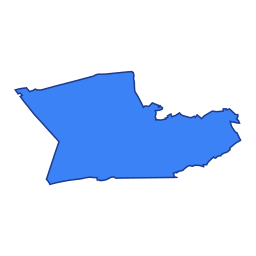 Son en Breugel, Noord-Brabant, Netherlands (Natural Earth projection)
{"feature_id": "6326949B33588539709853", "entity_name": "Son en Breugel", "entity_type": "district", "adm_level": 2, "iso_a3": "NLD", "parent_name": "Netherlands", "parent_adm1": "Noord-Brabant", "projection": "natural_earth1", "projection_center": [5.494, 51.518], "detail": "fine", "context": "isolated", "style": "filled", "palette": "blue", "viewbox_px": 256, "rotation_deg": 0, "n_neighbors": 0, "source": "geoboundaries", "source_scale": "gbopen_adm2", "svg_char_len": 5388}
<svg xmlns="http://www.w3.org/2000/svg" viewBox="0 0 256 256"><path d="M49.9,184.4L51.0,184.1L53.6,183.4L56.1,182.8L58.7,182.2L61.3,181.7L63.9,181.2L66.5,180.7L69.1,180.3L71.8,179.9L74.4,179.6L77.0,179.3L79.0,179.1L81.4,178.7L82.1,178.6L82.5,178.5L83.2,178.3L85.0,177.8L85.7,177.7L86.4,177.6L87.0,177.6L88.2,177.4L89.1,177.2L90.4,177.2L91.1,177.3L91.4,177.3L92.2,177.4L93.8,177.6L97.1,177.6L97.2,180.0L98.1,180.0L100.1,180.3L100.1,180.5L100.8,180.5L101.5,180.5L102.2,180.5L102.9,180.4L103.2,180.3L103.9,180.2L104.3,180.2L104.9,180.0L105.6,179.8L105.9,179.7L106.5,179.5L107.2,179.2L107.8,179.0L108.2,178.7L108.5,178.6L109.1,178.3L109.7,177.9L110.1,177.7L110.4,177.5L110.7,177.4L111.1,177.3L111.4,177.2L111.6,177.1L112.1,177.0L112.5,177.0L112.9,177.0L113.3,177.0L113.6,177.1L113.9,177.1L114.3,177.3L114.7,177.4L115.0,177.6L115.4,177.8L115.6,178.0L115.8,178.1L176.5,177.4L176.4,177.3L176.1,177.2L175.2,177.1L174.8,177.0L174.6,176.9L174.4,176.7L174.1,175.8L174.0,175.6L173.9,175.2L173.6,174.0L173.5,173.3L174.1,173.2L174.7,172.7L175.0,172.5L175.3,172.5L175.6,172.5L175.9,172.6L176.4,172.8L176.5,172.8L176.9,172.7L177.0,172.6L176.6,172.4L176.9,172.0L177.2,172.0L177.3,171.9L177.5,171.6L177.8,171.6L178.2,171.6L178.3,171.7L178.5,171.6L178.7,171.4L178.8,171.3L179.1,171.2L182.1,170.6L182.4,170.5L182.8,170.3L183.0,170.2L183.7,169.5L184.4,168.8L185.4,168.0L186.4,167.2L186.8,166.9L188.4,166.0L188.7,165.8L189.2,165.7L189.3,165.6L189.6,165.5L189.7,165.4L189.9,165.4L189.9,165.5L190.1,165.6L190.3,165.7L190.5,165.8L191.0,166.0L191.4,166.0L191.6,165.9L191.9,165.9L192.0,166.0L192.3,166.2L192.5,166.2L193.0,166.2L193.4,165.9L194.0,165.4L194.3,165.3L194.5,165.3L195.3,165.3L196.0,165.4L196.5,165.3L197.6,165.3L198.7,165.4L199.6,165.5L200.0,165.6L200.4,165.7L201.9,166.2L203.6,166.7L203.7,166.4L203.6,166.1L203.3,164.7L205.1,164.7L206.7,164.7L207.6,162.9L208.9,161.3L212.6,157.8L213.7,157.0L214.2,157.7L214.3,157.8L214.6,158.0L214.8,158.0L215.6,157.9L215.7,158.0L217.7,156.3L217.9,156.2L218.1,156.1L218.3,156.1L220.9,155.7L221.1,155.3L221.7,154.4L221.8,154.3L221.9,154.2L222.6,153.9L223.3,153.5L224.1,153.1L224.6,152.9L224.9,152.8L225.7,152.6L226.7,152.2L227.0,152.1L227.6,151.7L228.5,150.9L228.9,150.5L229.0,150.5L229.0,150.4L229.1,150.2L230.1,149.5L230.1,149.4L229.9,148.5L229.9,148.3L229.8,148.2L230.5,147.4L231.6,146.5L233.3,145.1L234.2,144.3L235.9,143.0L236.6,142.5L238.4,141.6L240.6,140.2L239.5,138.2L237.1,133.2L237.0,132.9L236.8,132.7L236.6,132.6L236.4,132.6L236.2,132.5L235.9,132.5L234.9,131.5L234.4,130.8L234.1,130.4L233.1,128.8L232.3,127.6L231.9,126.8L231.5,126.1L231.3,125.7L231.2,125.2L230.9,124.3L230.5,122.1L230.3,121.5L237.0,122.9L237.8,123.0L238.3,123.1L239.5,123.1L238.5,120.6L236.5,118.9L237.2,118.0L237.6,117.3L237.8,116.9L237.9,116.5L237.8,114.7L236.6,114.6L235.9,114.5L235.4,114.4L235.1,114.4L234.6,113.6L233.7,112.8L229.5,108.9L229.3,108.9L227.3,109.7L226.3,109.8L226.3,109.7L226.3,108.9L223.2,108.9L223.1,111.1L216.7,111.7L212.3,111.1L203.9,116.1L201.6,118.6L197.1,114.9L195.3,117.3L194.4,116.3L192.2,117.2L191.1,117.5L190.4,117.7L186.9,116.7L186.0,116.5L184.7,116.1L183.2,115.7L182.7,115.5L182.3,115.4L181.9,115.1L181.5,114.8L181.1,114.6L180.1,113.7L179.8,113.3L179.5,112.9L179.2,113.1L176.2,115.0L176.0,115.3L175.8,115.4L173.4,116.2L171.9,116.7L171.6,116.0L171.5,115.7L171.3,115.3L170.9,114.0L169.2,114.9L167.5,115.9L167.8,117.2L166.5,117.7L166.4,117.8L166.4,118.0L165.3,118.2L165.5,118.8L165.6,119.1L164.9,119.2L164.5,119.3L164.0,119.4L163.6,119.4L163.1,119.6L162.8,119.7L162.3,119.8L161.5,119.9L161.1,120.0L160.2,120.0L159.7,120.0L159.3,119.9L158.8,119.9L156.0,119.7L155.9,119.9L155.7,119.8L155.9,119.2L156.0,119.0L156.0,118.7L155.8,118.4L155.7,118.2L155.6,117.7L155.5,117.4L155.2,116.5L155.2,116.3L155.3,116.0L155.3,115.9L155.4,115.7L155.6,115.4L155.6,115.1L155.9,114.0L156.0,113.6L156.0,112.9L155.9,112.6L155.8,112.2L155.6,111.8L155.4,111.4L155.3,111.2L155.4,110.6L155.7,110.4L155.8,110.4L156.0,110.5L156.6,110.6L157.1,110.6L157.6,110.5L159.0,110.3L159.9,110.0L160.4,109.9L161.3,109.6L161.7,109.4L162.1,109.1L162.3,108.8L162.4,108.5L162.4,108.3L162.4,108.0L162.4,107.7L161.9,107.4L160.9,106.7L160.6,106.4L160.2,105.8L159.7,106.3L159.5,106.8L158.9,107.2L158.4,107.0L158.3,106.7L158.6,106.3L159.2,105.6L157.1,104.8L156.4,104.5L155.5,104.2L152.3,102.9L149.0,106.4L148.1,106.3L146.2,106.0L145.7,106.0L145.0,106.0L144.6,106.2L144.3,106.3L144.1,106.6L143.6,107.2L143.5,107.3L139.1,98.7L138.5,97.5L137.7,96.1L137.2,95.2L135.8,93.0L135.4,92.4L135.2,91.9L134.9,91.7L134.5,88.3L134.3,81.9L133.5,78.3L133.8,76.8L133.9,76.6L133.9,75.2L133.3,72.7L132.9,72.8L132.2,71.8L131.9,71.6L127.8,71.9L127.6,71.9L126.7,72.0L125.5,72.1L124.4,72.2L109.5,73.7L106.8,74.0L105.1,74.1L102.2,74.2L98.9,74.2L98.3,74.2L97.8,74.3L97.2,74.4L96.9,74.5L96.2,74.7L95.5,75.0L93.8,75.9L93.4,76.1L92.8,76.3L69.4,82.5L68.1,82.8L65.3,83.5L64.5,83.8L62.6,84.3L61.9,84.4L57.3,85.6L53.9,86.5L53.3,86.7L46.5,88.5L46.2,88.6L42.9,89.5L40.4,90.1L37.1,89.9L35.9,89.4L35.7,89.3L35.2,89.1L33.1,90.4L29.7,91.6L26.6,88.1L26.5,87.8L25.6,88.0L24.9,88.2L24.6,88.0L21.5,88.5L19.6,88.8L18.4,89.1L15.4,89.9L15.5,90.0L15.4,90.1L18.0,93.6L18.1,93.9L18.9,93.5L20.2,93.0L21.8,95.0L22.2,95.5L20.2,96.4L23.5,100.9L28.9,107.6L34.5,114.7L39.6,120.2L39.9,120.5L40.9,121.6L48.5,130.1L58.1,140.6L59.0,141.7L55.4,152.1L46.5,179.2L46.4,179.4L47.7,180.7L48.4,181.7L49.4,183.2L49.9,184.4Z" fill="#3b82f6" stroke="#1e3a8a" stroke-width="1.5"/></svg>